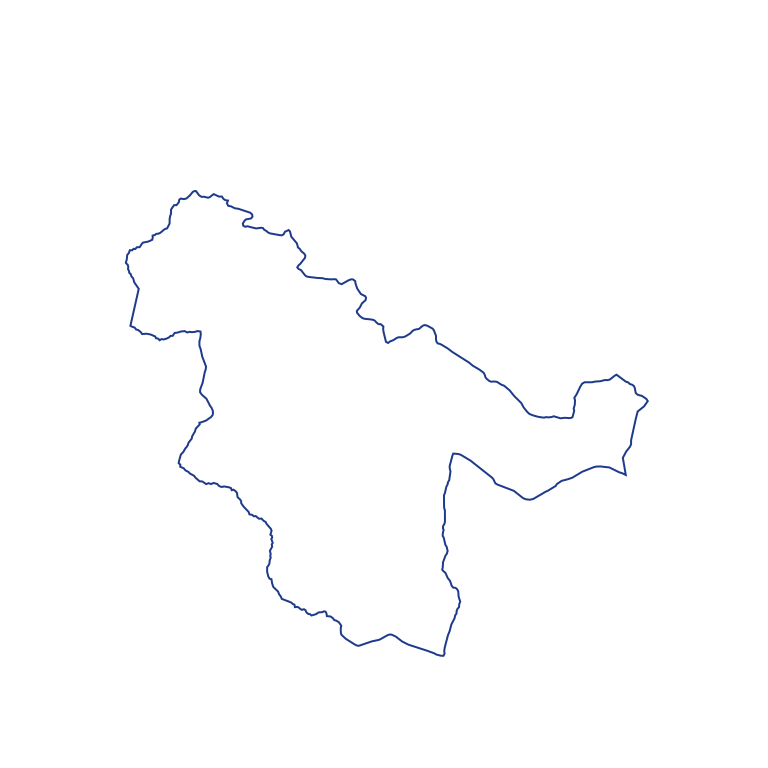 the district of Matungu, Western, Kenya, rotated 239°
{"feature_id": "3690345B16104785008484", "entity_name": "Matungu", "entity_type": "district", "adm_level": 2, "iso_a3": "KEN", "parent_name": "Kenya", "parent_adm1": "Western", "projection": "orthographic", "projection_center": [34.459, 0.384], "detail": "fine", "context": "isolated", "style": "outline", "palette": "blue", "viewbox_px": 768, "rotation_deg": 239, "n_neighbors": 0, "source": "geoboundaries", "source_scale": "gbopen_adm2", "svg_char_len": 6166}
<svg xmlns="http://www.w3.org/2000/svg" viewBox="0 0 768 768"><g transform="rotate(239 384 384)"><path d="M222.9,202.7L221.7,207.3L221.9,210.2L220.2,213.7L220.1,215.4L218.9,216.7L216.9,216.5L214.5,215.5L212.2,218.5L209.5,219.6L207.2,219.8L205.6,221.3L203.0,222.6L200.5,222.8L198.7,222.8L197.2,221.3L193.4,219.1L191.4,218.4L189.0,218.9L185.1,220.1L175.9,224.7L173.6,226.2L172.5,227.8L169.6,241.2L167.4,247.5L167.1,249.1L166.9,257.1L166.5,259.5L165.3,261.4L161.3,264.1L154.0,266.9L148.1,270.6L132.8,283.9L127.1,288.5L125.2,289.5L121.8,292.8L120.4,295.0L121.7,297.1L123.8,297.9L126.6,300.1L135.6,309.3L138.3,312.9L143.1,317.8L147.0,324.0L148.9,325.7L150.0,328.0L152.1,329.4L153.3,331.0L154.1,333.4L156.5,335.1L158.3,337.3L163.2,338.4L167.7,340.7L169.3,341.0L171.4,340.8L172.8,339.9L173.9,338.4L176.2,338.1L181.1,339.2L184.8,338.7L190.5,339.4L193.0,338.5L194.9,338.3L196.4,339.8L200.8,342.8L205.2,348.3L206.2,350.5L208.2,352.6L212.5,353.9L214.6,353.8L221.3,356.0L223.5,356.1L225.5,357.3L228.3,360.0L230.0,360.2L231.8,361.5L233.0,363.8L234.7,365.4L244.3,371.1L247.0,371.8L257.6,378.0L259.2,380.1L263.8,384.5L265.1,386.7L266.9,388.3L267.9,390.3L274.9,396.0L277.4,396.7L279.7,397.9L287.6,406.0L288.7,407.5L285.7,411.7L283.7,413.4L273.5,418.8L248.3,428.3L246.5,428.7L241.5,428.3L239.3,429.5L225.5,440.3L214.6,444.4L212.5,445.9L211.1,447.5L209.7,449.4L208.6,452.7L208.4,467.4L208.1,469.3L208.2,478.7L209.2,480.7L209.5,486.4L207.7,492.4L206.7,497.2L206.7,508.8L204.6,521.3L203.7,523.8L201.9,527.0L196.4,534.2L187.1,540.2L184.9,542.2L181.5,544.4L197.7,550.7L201.4,556.9L203.6,562.7L205.2,564.8L208.6,566.9L224.7,582.1L229.8,587.3L230.9,595.5L233.5,601.3L236.1,601.2L240.9,599.0L244.0,596.0L246.5,595.1L251.4,596.9L253.4,597.2L255.5,596.4L257.2,594.8L259.8,594.0L261.3,592.6L272.2,588.1L272.3,586.2L271.5,579.9L272.2,577.6L273.7,575.2L275.0,570.8L277.4,566.1L278.3,563.3L282.2,556.8L282.2,553.9L280.7,551.0L275.9,543.7L274.1,540.0L271.7,539.4L267.9,536.8L265.2,533.9L263.0,533.2L258.5,528.5L258.6,526.8L259.3,525.3L261.9,521.6L263.7,517.6L268.9,512.9L269.4,510.5L270.9,507.4L272.1,506.0L272.7,504.0L273.9,502.3L276.7,499.0L280.1,495.8L283.3,493.3L286.2,492.4L292.3,491.6L296.8,491.9L306.7,489.4L313.9,488.4L320.8,486.0L322.9,484.3L327.7,481.9L329.1,480.2L330.9,476.9L332.6,475.7L336.1,474.5L337.9,474.5L339.5,475.0L342.3,475.2L347.0,473.3L353.8,469.6L358.6,467.9L376.2,459.1L381.7,456.9L387.8,453.7L389.5,452.6L391.2,450.9L393.3,450.8L395.0,451.3L398.6,453.4L404.3,454.4L406.4,454.2L411.4,451.3L413.5,449.4L414.0,447.3L413.2,442.4L414.5,439.0L414.9,436.4L413.8,432.2L413.8,426.7L414.4,424.2L416.6,420.5L416.9,418.7L416.8,414.4L417.4,411.1L417.1,408.6L419.1,407.4L428.8,410.4L431.8,411.7L433.6,413.1L436.9,412.0L438.2,410.1L440.6,409.2L442.8,408.8L444.3,408.0L446.1,406.0L450.1,400.7L451.6,399.5L454.8,398.2L459.0,397.6L460.7,398.4L462.0,402.7L464.4,406.5L465.4,411.4L467.0,412.9L468.8,413.2L473.1,410.5L479.7,410.2L484.7,411.3L487.0,412.3L489.6,411.3L490.6,409.8L491.1,407.6L491.4,399.2L493.7,397.2L498.3,396.8L499.4,395.5L500.7,392.9L504.0,388.1L506.5,385.6L509.0,381.8L514.8,374.3L516.2,372.9L518.0,372.3L524.4,371.5L526.5,370.1L528.6,369.7L529.7,371.8L530.1,374.0L532.8,381.2L534.5,382.7L536.7,382.8L540.3,381.5L543.1,381.4L545.4,380.6L549.4,381.8L558.0,380.4L563.3,382.0L565.1,381.5L565.5,377.5L564.1,375.2L564.0,373.2L565.1,371.5L571.8,363.9L573.5,362.7L575.7,362.0L578.1,360.7L579.9,360.6L581.2,359.2L583.2,354.5L589.6,348.1L590.2,346.1L592.1,344.9L594.2,345.6L595.7,348.3L596.2,350.4L594.4,355.1L595.1,357.4L597.3,358.3L599.8,357.5L609.2,349.4L611.5,346.6L615.0,344.4L616.9,342.3L619.8,342.4L621.6,344.7L622.6,343.4L624.1,342.2L625.7,341.7L628.2,341.6L629.6,339.1L634.5,335.8L633.9,330.8L634.3,329.1L637.2,326.2L638.4,324.0L640.9,322.7L646.2,322.2L647.1,320.6L647.1,318.9L645.6,314.7L644.8,310.3L645.4,307.9L647.6,305.3L647.4,303.4L645.4,301.7L644.2,298.3L645.4,296.3L644.3,293.6L643.2,291.3L639.7,289.2L638.3,287.4L635.8,285.2L632.0,282.9L629.1,278.2L629.6,276.5L629.6,274.9L628.8,270.4L629.0,268.1L630.0,266.1L629.7,264.3L630.4,262.1L628.8,261.3L627.0,259.7L627.5,255.2L629.3,250.4L629.0,248.8L627.1,245.0L628.5,242.7L627.8,240.3L628.9,238.9L628.3,237.1L629.6,235.0L627.7,232.8L626.9,230.4L623.3,227.7L620.8,225.1L618.1,225.7L616.0,225.1L614.5,223.8L612.2,223.6L610.5,222.9L608.7,223.5L606.2,222.9L603.9,223.4L599.7,222.3L591.9,222.8L564.5,196.6L562.7,197.7L560.9,199.3L558.4,199.6L556.9,201.1L553.8,202.2L551.4,202.4L549.3,206.5L546.7,209.4L542.5,212.4L540.8,212.1L539.1,213.8L537.1,214.2L537.1,216.4L535.6,218.2L534.9,221.0L534.7,223.9L535.2,225.8L534.1,227.6L535.6,230.9L534.4,233.5L533.6,236.9L532.0,240.4L529.6,241.8L528.8,244.3L527.4,246.0L526.1,248.6L525.4,251.5L523.5,253.7L521.2,252.7L518.2,250.4L515.6,247.7L511.8,245.5L508.3,244.8L501.0,242.3L490.5,240.4L488.1,238.5L486.7,236.7L478.4,229.1L474.2,223.8L471.7,222.1L468.4,222.4L462.9,224.2L455.0,223.7L452.6,223.9L449.3,223.5L446.9,222.3L445.7,221.1L444.8,219.0L444.3,212.7L445.2,207.9L445.9,205.8L444.3,205.2L442.7,199.7L440.6,197.4L438.1,192.8L436.2,191.0L434.4,186.3L432.9,184.6L431.8,182.8L431.2,180.7L429.1,177.0L428.2,173.6L423.8,168.9L421.9,167.2L419.8,167.9L418.1,166.7L414.7,169.0L412.8,169.2L411.3,169.8L409.6,171.0L407.1,171.6L403.0,174.0L401.0,174.1L395.6,175.8L394.1,178.0L389.8,180.0L389.3,182.6L387.3,184.2L387.0,186.8L385.6,188.3L384.1,189.6L381.8,190.0L380.2,191.0L379.1,192.3L378.6,194.1L375.4,197.8L373.6,199.2L371.4,198.8L370.9,200.6L368.4,201.6L366.5,201.9L362.4,200.2L359.5,201.1L357.1,201.2L355.3,200.2L351.1,200.5L344.0,202.1L341.6,201.5L339.7,203.6L337.6,204.3L336.9,206.0L333.0,207.4L331.6,209.8L329.1,210.2L326.6,211.5L324.5,211.3L318.2,212.4L316.2,212.1L313.3,209.0L311.7,209.7L310.0,209.1L309.2,207.6L305.2,206.8L304.2,205.1L302.1,204.3L299.8,200.3L296.6,199.3L295.5,198.1L293.5,197.4L291.6,195.1L289.3,193.5L287.9,191.5L287.2,189.5L283.2,187.1L278.7,185.7L276.1,185.6L274.7,187.0L270.7,185.4L267.0,184.6L260.6,186.3L257.9,185.8L254.9,186.1L252.5,185.7L244.5,191.9L242.4,192.5L241.0,193.6L238.6,192.7L237.6,194.9L236.2,195.8L234.3,196.4L232.7,197.3L232.2,199.4L230.6,200.2L228.1,199.9L225.9,200.7L224.8,202.0L222.9,202.7Z" fill="none" stroke="#1e3a8a" stroke-width="2"/></g></svg>